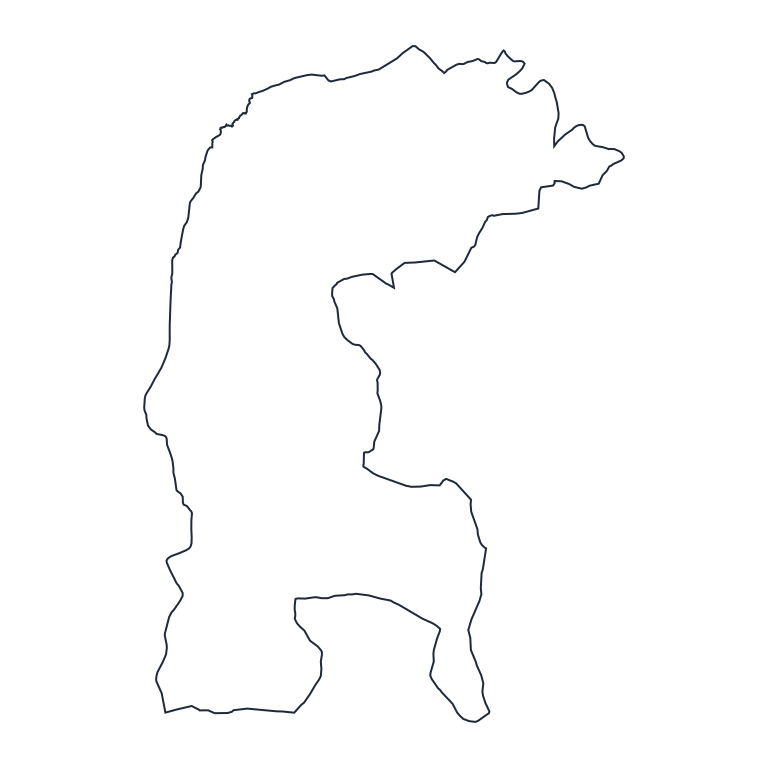 Bahi, Dodoma, United Republic of Tanzania
{"feature_id": "72390352B69303654086019", "entity_name": "Bahi", "entity_type": "district", "adm_level": 2, "iso_a3": "TZA", "parent_name": "United Republic of Tanzania", "parent_adm1": "Dodoma", "projection": "orthographic", "projection_center": [35.527, -6.167], "detail": "fine", "context": "isolated", "style": "outline", "palette": "slate", "viewbox_px": 768, "rotation_deg": 0, "n_neighbors": 0, "source": "geoboundaries", "source_scale": "gbopen_adm2", "svg_char_len": 6031}
<svg xmlns="http://www.w3.org/2000/svg" viewBox="0 0 768 768"><path d="M472.7,61.0L467.6,62.0L463.4,64.1L459.0,63.9L456.2,64.8L447.4,69.8L445.8,71.8L444.1,73.0L442.3,71.2L438.5,68.4L435.5,64.5L434.1,63.2L429.8,58.0L423.6,51.9L418.9,49.3L415.5,46.2L412.6,46.1L402.6,53.2L397.0,58.4L378.6,69.6L373.7,70.6L372.0,71.5L360.2,74.0L354.3,76.1L346.4,78.0L344.1,79.2L340.2,79.3L330.6,81.5L329.6,80.7L328.6,80.6L324.4,75.4L322.0,75.8L312.6,74.7L310.3,74.7L306.3,75.3L294.3,78.1L289.8,80.3L284.3,81.8L278.8,84.7L274.3,85.7L270.6,86.9L267.9,88.5L262.7,90.9L259.5,91.8L255.7,93.3L253.7,93.4L251.9,94.2L252.3,95.0L252.3,97.5L252.0,98.1L250.3,98.4L249.4,99.3L249.2,101.2L249.9,102.5L249.8,103.2L248.3,104.5L247.5,106.1L246.8,108.6L246.8,111.3L246.6,112.1L245.8,112.7L245.9,113.4L245.0,113.5L244.6,113.0L243.9,113.3L243.1,113.0L241.5,115.0L240.4,115.5L238.9,117.7L238.9,118.3L237.4,119.0L237.6,119.7L237.2,119.9L236.4,119.7L234.6,120.7L234.1,122.0L232.5,123.6L232.5,125.1L232.9,125.6L232.3,126.4L231.7,126.5L230.8,125.8L229.4,125.8L228.5,125.3L227.0,125.7L226.5,124.7L224.6,127.1L223.2,127.0L222.4,127.7L221.5,127.5L220.5,128.1L220.7,128.6L220.1,129.3L220.7,130.1L220.9,132.4L220.2,134.6L216.9,136.7L216.4,136.7L212.2,139.9L212.1,140.4L212.7,141.6L212.3,143.4L212.3,147.4L210.1,147.5L207.5,150.7L205.3,157.8L205.1,160.0L202.9,165.1L202.7,168.8L201.3,175.1L200.8,186.0L200.5,187.6L198.3,191.7L196.1,193.4L193.2,198.1L191.1,200.6L189.9,202.8L188.3,217.6L186.9,222.0L184.2,225.9L183.1,229.5L180.7,242.4L180.1,247.5L178.1,249.8L177.7,252.5L177.1,253.4L175.4,254.6L174.3,256.8L173.6,257.0L172.9,257.8L172.2,260.3L172.3,271.4L172.2,273.8L171.3,277.8L171.9,282.1L171.4,284.4L170.6,299.7L169.7,325.7L169.7,339.9L169.4,345.2L168.6,348.7L165.5,358.0L161.4,367.7L154.5,379.4L150.6,386.9L146.3,393.7L145.4,395.7L144.8,398.4L144.2,407.6L144.5,410.3L146.3,414.8L146.5,418.3L148.0,425.5L150.6,429.2L155.6,432.8L156.5,433.9L162.5,435.1L164.3,435.7L165.3,436.2L166.3,437.5L166.7,439.3L167.1,445.0L169.9,452.3L171.8,458.0L172.6,461.4L173.4,468.3L173.4,472.6L175.0,479.3L176.5,490.1L177.7,491.5L180.4,493.3L182.7,496.6L182.9,502.6L183.4,504.2L183.8,504.7L186.6,505.9L187.6,506.9L190.2,510.4L191.2,511.2L192.0,513.4L191.4,519.7L191.3,529.1L191.7,537.2L191.5,543.3L190.5,546.7L189.0,548.5L186.0,550.3L179.2,553.2L171.3,556.1L168.6,557.8L167.1,559.4L166.5,560.8L166.9,562.9L170.0,570.1L176.7,583.4L178.8,585.8L182.6,592.9L182.7,595.8L180.5,600.1L178.0,604.0L173.6,610.1L171.5,612.4L169.3,616.7L168.7,618.7L164.9,633.5L164.8,635.8L166.7,644.8L166.8,648.3L166.0,654.5L163.0,661.6L157.4,672.3L156.4,676.6L156.1,679.6L156.4,681.4L161.7,693.3L165.4,712.6L176.7,709.5L191.7,706.0L199.3,709.9L199.6,710.4L208.0,710.3L214.7,713.2L227.8,713.0L231.8,711.8L233.6,710.2L247.2,708.6L276.4,711.3L282.7,711.5L294.2,712.7L301.3,704.8L304.1,702.6L309.8,694.4L315.4,684.9L319.1,679.5L320.8,676.1L321.4,669.1L320.8,661.5L321.9,654.9L321.9,652.1L321.1,650.4L317.7,646.4L310.0,640.7L304.4,630.6L300.0,626.7L297.0,623.3L295.6,620.6L294.7,618.2L295.2,616.7L295.3,613.2L294.7,609.9L294.7,606.2L295.4,599.2L296.0,598.7L298.4,598.4L305.2,598.6L313.4,597.4L316.4,597.2L321.4,598.2L327.9,598.2L334.7,595.8L344.7,595.2L347.8,594.4L352.2,594.4L356.1,593.8L368.8,595.4L380.4,598.6L390.8,600.6L393.2,602.2L398.6,604.6L422.3,618.6L432.7,623.3L436.8,625.9L440.2,629.0L439.7,631.5L437.0,638.7L433.8,650.2L433.4,654.0L433.8,661.4L430.7,672.2L430.2,675.4L431.7,679.0L438.1,688.3L440.3,690.2L442.0,692.6L452.6,703.8L457.1,712.5L459.8,715.7L463.2,718.9L469.1,721.1L475.4,721.9L478.1,720.8L489.0,713.1L489.4,711.5L485.4,702.9L483.1,696.0L482.4,691.7L483.3,683.3L481.3,675.5L476.8,665.4L476.0,662.4L470.9,650.0L470.3,638.0L468.3,630.0L471.4,619.5L479.4,601.1L481.4,594.2L480.8,588.2L481.6,573.1L482.8,569.4L486.1,548.4L484.8,547.7L481.8,544.9L480.2,542.2L477.9,534.6L477.4,529.1L471.2,511.6L470.6,504.3L471.0,499.7L456.1,483.3L453.5,481.8L446.2,478.9L443.3,480.5L439.7,485.4L430.2,485.1L420.5,486.6L411.3,486.8L406.2,485.8L378.2,475.8L373.1,473.3L367.1,468.8L363.6,466.8L363.3,466.1L363.7,463.7L364.0,452.7L365.7,452.2L367.7,452.4L368.8,452.1L373.2,449.3L373.7,447.9L374.3,441.6L379.1,430.9L379.3,424.9L381.3,408.8L381.3,405.7L380.3,401.3L377.4,393.2L377.7,390.2L377.6,382.4L377.0,380.2L377.7,378.4L379.8,374.8L380.1,372.7L379.6,369.8L375.7,363.8L372.8,360.3L370.6,358.6L366.8,353.9L365.4,352.7L363.7,349.7L360.9,346.3L359.6,345.3L358.6,345.0L355.3,344.8L352.6,344.0L347.4,340.1L344.5,337.3L343.2,335.2L342.2,333.2L338.9,323.2L337.3,308.3L334.5,302.0L333.9,299.2L332.2,296.1L332.1,293.7L332.5,288.1L335.4,285.0L336.6,284.2L337.2,282.8L344.0,279.0L347.3,278.6L351.7,276.9L362.0,274.7L370.6,273.9L372.8,274.1L386.3,283.7L387.6,284.1L394.0,287.8L391.5,273.6L392.2,272.6L397.4,268.2L404.6,262.9L414.8,262.5L434.3,260.5L455.0,272.2L464.4,261.8L471.4,247.7L473.9,246.7L475.3,244.9L477.1,237.2L479.2,233.0L482.4,227.9L485.3,221.6L486.8,220.1L487.8,217.1L489.9,215.9L492.5,215.2L493.9,215.8L502.4,214.1L515.9,213.7L521.9,213.0L538.3,208.5L539.4,190.9L541.1,187.3L553.0,185.6L554.6,183.3L554.6,181.0L561.6,181.3L569.3,184.1L574.2,186.9L581.9,188.7L586.3,187.4L589.6,185.7L598.7,183.7L602.6,175.2L606.9,170.9L609.3,166.5L611.2,165.7L613.4,164.0L621.4,160.4L623.6,158.4L623.8,156.3L621.7,152.9L619.8,151.4L614.7,149.2L610.4,148.9L608.8,149.1L603.3,147.3L595.0,145.8L592.5,143.9L590.1,141.1L588.2,138.0L584.7,126.3L583.2,125.1L581.2,124.8L578.8,125.1L576.5,126.0L573.7,128.0L572.2,129.7L565.3,134.4L557.8,141.4L554.2,146.2L554.1,138.5L555.2,127.3L558.3,118.6L558.6,113.2L556.7,101.8L555.5,98.1L554.3,93.1L552.1,87.8L549.1,83.8L543.9,80.0L541.7,80.4L540.2,81.0L538.6,82.4L531.7,90.1L529.0,91.6L525.6,92.9L521.6,93.8L519.6,93.8L516.3,92.2L511.8,88.8L508.1,87.1L507.3,84.9L506.9,82.7L508.3,79.7L516.2,74.3L519.5,71.4L522.5,68.1L524.6,63.6L523.3,62.0L522.0,61.3L519.9,61.0L514.5,61.4L512.6,60.7L507.4,55.9L505.4,53.3L504.9,51.6L503.7,50.5L502.6,51.5L501.4,53.2L496.1,62.0L494.5,63.0L489.8,62.7L487.6,63.3L486.1,63.0L485.1,62.1L481.2,61.1L479.0,59.3L477.6,59.0L472.7,61.0Z" fill="none" stroke="#1e293b" stroke-width="2"/></svg>